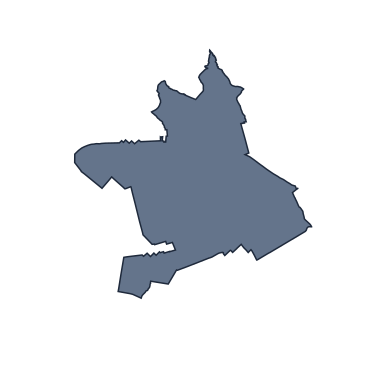 the district of San Juan Atenco, Puebla, Mexico, rotated 127°
{"feature_id": "50627088B89764628782430", "entity_name": "San Juan Atenco", "entity_type": "district", "adm_level": 2, "iso_a3": "MEX", "parent_name": "Mexico", "parent_adm1": "Puebla", "projection": "mercator", "projection_center": [-97.57, 19.047], "detail": "fine", "context": "isolated", "style": "filled", "palette": "slate", "viewbox_px": 384, "rotation_deg": 127, "n_neighbors": 0, "source": "geoboundaries", "source_scale": "gbopen_adm2", "svg_char_len": 5854}
<svg xmlns="http://www.w3.org/2000/svg" viewBox="0 0 384 384"><g transform="rotate(127 192 192)"><path d="M155.3,77.8L154.0,77.7L153.5,77.8L152.5,78.2L151.7,78.4L151.3,78.4L150.4,78.3L149.6,78.0L149.3,77.6L148.5,76.6L148.1,75.8L147.8,75.6L147.5,76.2L147.1,77.1L146.7,78.5L146.1,84.6L145.8,86.1L145.5,86.4L145.2,86.8L144.8,87.1L142.1,90.5L141.3,91.2L141.1,91.6L140.7,91.9L140.2,93.5L139.8,94.6L139.3,96.5L139.5,96.9L139.5,97.4L138.6,99.3L138.3,99.7L137.7,100.8L136.7,102.5L135.3,105.3L134.9,105.8L134.5,107.0L132.0,111.4L127.2,110.2L125.0,109.4L126.6,110.7L125.1,113.1L126.4,116.7L126.4,118.7L126.8,122.1L127.0,126.4L127.8,130.4L127.9,133.0L128.5,138.0L128.9,146.0L128.9,149.3L128.9,150.5L129.0,154.4L129.0,162.6L129.1,165.9L129.1,166.7L129.3,167.9L130.2,172.1L126.7,170.1L117.8,181.4L108.0,194.2L106.8,192.9L106.6,193.1L105.4,191.6L104.7,192.5L103.3,191.0L102.7,191.9L101.7,192.9L101.5,193.3L101.6,193.5L101.3,194.2L100.3,194.9L99.8,195.3L99.3,195.9L99.3,196.4L99.3,197.0L99.0,197.7L98.9,198.7L98.1,200.0L97.6,200.6L96.4,202.7L94.1,205.6L93.9,206.7L93.3,207.6L93.0,208.6L92.6,209.5L91.3,211.8L90.9,212.3L90.3,212.5L89.9,213.0L89.5,212.9L89.0,213.1L87.1,213.0L85.2,212.6L84.5,212.5L82.6,212.6L82.1,213.0L80.8,213.1L78.9,212.7L78.6,212.2L78.8,215.2L79.2,217.0L79.6,217.4L79.9,218.4L80.4,219.3L81.5,220.6L81.7,220.9L82.2,222.3L82.4,222.7L82.8,224.3L82.8,224.8L82.6,225.9L82.3,226.8L82.0,227.2L81.4,227.8L81.1,228.4L80.4,229.5L80.2,230.1L79.9,230.6L79.6,231.3L79.4,232.6L79.1,233.3L79.0,234.8L78.8,235.3L78.8,236.0L78.5,237.1L78.1,237.8L78.1,238.5L77.9,239.1L77.5,239.5L77.6,240.1L77.1,240.7L76.7,241.0L76.6,241.6L76.7,242.7L77.0,243.3L77.1,243.6L77.2,244.9L77.4,245.5L77.3,245.8L76.9,246.0L76.6,246.3L76.7,246.8L76.5,247.1L76.2,247.0L76.1,247.9L75.7,248.5L75.4,248.6L75.1,248.5L74.9,249.3L74.7,249.3L74.3,250.0L74.1,250.4L74.1,251.4L73.7,251.8L72.6,251.9L72.1,251.9L71.9,252.3L71.9,252.8L71.3,253.1L70.9,254.0L70.3,254.4L70.4,255.0L70.2,255.6L69.8,256.0L69.7,256.3L69.7,256.6L69.8,256.7L69.7,257.1L69.9,257.2L70.2,257.1L70.1,257.6L70.1,257.8L69.8,258.2L69.2,258.6L69.0,259.0L68.8,259.9L68.8,260.5L68.6,261.1L68.6,261.5L68.2,262.3L68.1,263.2L69.2,262.5L69.7,261.6L69.8,260.8L70.2,260.6L71.6,260.6L72.2,260.3L73.0,260.0L73.4,259.7L73.9,259.1L74.9,259.1L75.2,258.7L75.8,258.5L76.3,258.2L77.2,257.8L77.5,257.6L77.9,257.3L78.2,256.4L78.6,256.1L79.1,256.3L80.0,256.2L80.3,256.0L80.5,255.8L80.7,255.7L81.0,255.7L81.5,255.8L81.9,256.0L82.7,256.5L83.4,257.3L84.2,257.1L84.3,255.8L84.2,255.1L83.7,254.1L84.0,253.9L85.1,254.8L87.3,255.4L88.5,255.5L90.1,255.8L93.1,256.2L93.7,256.2L95.1,256.0L95.7,255.8L96.0,255.7L96.4,255.6L96.6,255.0L97.6,253.4L97.8,252.5L98.2,251.8L98.8,250.8L98.8,250.2L99.2,248.5L99.8,247.6L100.0,247.1L102.5,245.3L103.7,244.2L104.6,243.9L105.5,243.9L109.1,244.3L115.9,244.7L117.2,249.4L117.8,251.9L118.6,255.2L118.7,255.8L118.4,255.9L118.4,256.1L118.8,256.6L118.9,257.0L118.5,257.3L118.5,257.5L119.5,258.7L119.9,259.5L120.6,261.2L120.5,261.4L120.6,261.7L120.5,264.0L120.4,264.9L120.5,265.4L120.9,265.9L120.9,266.1L121.3,266.7L121.4,267.4L121.8,267.9L121.9,268.3L122.1,270.1L122.4,270.9L122.5,271.0L122.4,271.2L122.3,271.4L122.4,271.7L122.5,271.8L122.7,272.6L122.6,273.5L122.4,273.8L122.0,273.8L121.9,274.1L121.9,274.4L122.1,275.0L122.1,276.3L121.8,276.9L121.6,277.1L121.5,277.7L121.2,278.3L120.8,278.8L120.0,279.6L119.8,279.9L119.8,280.4L119.9,281.2L120.8,281.4L121.8,282.3L122.9,282.7L125.1,283.0L126.3,283.3L127.2,283.2L128.4,282.7L130.5,281.4L131.8,280.9L132.3,280.9L132.4,280.0L132.6,279.6L132.6,279.3L132.9,278.9L132.9,277.8L133.1,277.4L134.7,277.2L134.9,277.0L135.0,276.8L135.0,276.4L135.7,275.8L135.7,275.5L136.3,274.5L136.7,274.2L137.1,273.4L137.4,272.7L138.0,272.1L139.1,271.3L139.4,271.0L139.7,271.0L139.8,270.9L140.3,270.7L141.3,270.6L141.9,270.2L144.9,269.8L147.3,270.2L148.2,270.5L150.4,271.5L151.2,272.0L152.4,272.5L152.7,271.4L152.7,269.7L152.9,268.0L152.8,267.5L152.9,266.2L153.6,264.1L153.6,262.5L153.9,260.4L153.7,259.3L153.8,257.8L154.4,257.2L154.9,256.9L155.7,254.4L156.3,253.5L156.9,253.1L157.4,251.6L157.7,251.3L158.4,250.8L157.4,249.6L162.1,245.3L163.0,246.2L167.9,243.1L169.0,244.4L168.3,244.9L169.0,246.6L165.5,248.7L166.5,249.7L167.1,249.5L167.1,250.3L168.2,249.5L170.0,247.9L182.4,262.9L182.7,263.2L182.6,265.6L188.0,266.9L187.6,271.0L190.8,271.5L190.4,276.4L193.6,276.6L193.4,279.1L196.4,279.5L205.0,290.4L207.7,293.5L209.2,294.9L210.9,297.4L212.8,299.2L213.5,300.0L214.6,301.2L217.3,303.2L220.6,305.2L223.2,306.5L226.6,307.5L228.1,307.8L232.3,308.4L239.1,303.4L241.9,293.2L242.3,292.8L242.3,289.9L242.3,288.7L243.2,266.1L234.0,265.5L228.3,265.2L228.6,262.3L229.6,249.8L229.9,247.6L229.3,247.0L224.6,244.1L224.8,243.6L228.7,238.9L235.1,230.9L247.3,215.9L254.0,207.3L255.7,205.3L257.7,192.9L257.8,192.4L256.2,190.6L256.5,190.1L247.3,183.3L248.9,180.9L244.1,177.3L248.3,170.3L253.1,173.9L252.9,174.1L257.6,177.5L256.8,178.8L259.3,180.7L259.6,180.9L259.4,182.0L264.1,182.6L263.7,185.7L268.5,186.3L267.9,191.0L272.5,192.0L272.3,193.9L281.8,203.8L283.7,205.7L285.2,207.1L286.8,206.3L299.9,199.5L313.1,192.5L315.9,191.1L310.5,180.4L309.4,177.8L307.6,169.8L307.4,168.7L304.9,169.5L303.2,169.4L300.5,169.0L298.7,169.1L298.3,169.0L297.4,168.3L297.2,168.3L295.8,168.6L295.2,168.6L294.0,168.5L293.6,168.6L293.0,168.8L292.8,169.0L292.1,169.2L291.1,169.9L290.5,170.1L289.9,170.1L289.0,170.9L288.1,171.3L279.8,155.6L263.7,157.4L263.7,157.2L263.2,156.5L254.4,150.9L234.4,138.6L233.8,138.1L231.9,136.9L225.6,134.2L224.5,133.6L222.7,132.1L221.7,131.1L221.6,130.6L221.9,130.5L222.3,129.9L222.6,129.2L222.6,128.7L222.9,128.0L223.0,127.6L215.8,126.4L215.3,126.0L215.8,123.2L210.3,122.2L209.8,122.2L205.8,121.5L204.2,121.2L205.4,116.9L205.4,116.3L205.5,116.0L205.8,113.8L206.5,110.7L202.6,110.2L203.0,108.6L205.0,104.2L207.4,99.4L207.1,99.1L194.6,94.0L193.7,93.5L155.3,77.8Z" fill="#64748b" stroke="#1e293b" stroke-width="1.5"/></g></svg>